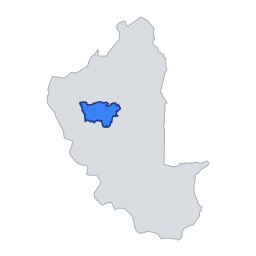 Sanmatenga, Sanmatenga, Burkina Faso shown in context, rotated 271°
{"feature_id": "67063806B54692073140068", "entity_name": "Sanmatenga", "entity_type": "district", "adm_level": 2, "iso_a3": "BFA", "parent_name": "Burkina Faso", "parent_adm1": "Sanmatenga", "projection": "mercator", "projection_center": [-1.024, 13.246], "detail": "fine", "context": "in_parent", "style": "filled", "palette": "blue", "viewbox_px": 256, "rotation_deg": 271, "n_neighbors": 0, "source": "geoboundaries", "source_scale": "gbopen_adm2", "svg_char_len": 7624}
<svg xmlns="http://www.w3.org/2000/svg" viewBox="0 0 256 256"><g transform="rotate(271 128 128)"><path d="M197.4,164.5L190.1,164.8L187.5,165.6L185.9,165.6L185.9,165.0L185.7,164.6L176.5,162.4L170.1,161.0L163.6,159.6L163.3,160.9L162.3,161.8L160.9,161.9L160.0,161.7L159.3,162.7L158.2,164.1L156.7,164.8L155.3,165.7L154.4,166.4L153.8,166.5L152.3,164.7L150.4,164.5L146.7,164.8L145.0,164.3L142.8,164.1L137.4,164.4L128.9,163.7L127.5,164.1L127.1,164.4L118.6,164.5L109.3,164.6L101.5,164.7L94.7,164.7L94.7,164.4L92.5,164.4L92.3,165.0L90.3,172.1L90.1,176.0L91.1,178.4L92.3,180.0L93.6,180.6L93.7,181.5L92.7,182.6L92.8,183.7L94.0,184.9L94.3,186.1L93.7,187.5L93.8,190.6L94.7,195.5L94.7,198.7L93.9,200.2L94.3,202.7L96.0,206.2L96.3,207.7L95.7,208.4L94.3,209.4L92.9,209.3L91.2,207.2L90.5,206.2L89.2,204.1L88.0,201.9L86.5,200.9L85.0,200.0L83.2,197.3L81.4,195.9L79.6,196.3L76.9,195.8L71.4,195.1L65.5,195.3L63.0,195.9L60.6,197.0L54.5,199.2L52.1,200.3L50.3,203.1L48.2,203.0L46.1,202.1L44.8,200.8L42.0,201.1L39.3,199.9L36.7,197.5L34.8,196.7L32.3,194.9L31.7,191.6L30.1,189.3L28.7,186.1L26.6,184.6L24.1,183.8L20.7,184.0L18.5,182.7L16.8,180.8L17.2,179.1L18.0,176.8L18.1,174.5L18.6,170.9L18.3,166.3L17.7,163.1L19.6,161.8L21.7,160.6L23.1,158.5L24.4,153.6L25.0,149.4L24.6,147.8L23.9,146.6L23.3,144.8L23.0,142.5L23.4,140.6L25.0,138.8L27.1,137.3L28.5,136.6L32.4,135.9L37.2,134.7L39.9,133.5L42.0,132.2L43.1,131.2L44.2,129.2L46.1,127.6L47.5,126.0L47.7,121.5L47.7,118.9L46.7,117.5L46.1,116.3L53.2,112.8L53.3,110.3L52.3,107.6L50.9,105.3L50.4,103.4L52.3,101.2L54.1,99.5L55.4,98.0L58.2,95.8L61.1,95.2L63.7,96.1L71.5,101.3L72.9,101.6L74.5,101.2L76.6,99.8L79.2,98.8L80.2,95.3L80.1,90.2L80.7,87.8L82.1,87.4L86.6,88.4L87.8,88.5L89.1,88.1L90.0,87.2L90.0,85.6L89.8,84.1L91.3,79.4L93.9,75.8L99.3,71.4L101.0,70.5L103.0,70.0L112.6,73.1L114.2,72.3L116.6,64.7L119.2,64.0L122.4,63.8L124.4,63.2L125.5,62.7L130.1,59.8L138.2,55.8L142.6,54.2L143.4,53.5L146.5,50.7L150.7,47.5L153.3,46.9L157.0,46.6L159.3,47.2L159.9,48.1L160.7,48.5L165.4,47.2L172.3,49.3L178.2,51.5L177.8,52.8L177.8,55.2L177.3,59.0L176.7,63.5L179.1,66.5L182.0,69.6L182.8,70.8L182.0,73.9L182.6,75.7L184.1,78.8L186.7,82.6L189.4,86.5L191.3,87.1L193.1,87.4L194.2,88.1L195.7,88.8L197.3,89.2L198.7,90.1L199.6,90.9L200.7,93.3L203.7,95.0L205.8,96.5L205.0,97.3L202.3,97.0L199.9,96.3L199.5,97.5L199.4,101.9L199.8,105.7L200.4,106.1L202.9,106.8L208.9,111.6L214.3,116.2L216.1,117.4L219.0,117.8L222.4,118.0L223.8,117.6L227.1,115.3L228.8,115.0L230.4,115.1L231.2,115.5L232.8,117.3L234.2,120.2L234.7,122.3L234.5,123.4L234.0,123.8L231.4,124.3L230.2,124.8L229.9,125.4L230.3,126.8L230.9,127.7L233.8,131.7L237.9,137.2L239.2,138.6L238.5,140.3L236.4,144.5L234.8,146.3L227.7,152.4L224.3,151.6L217.0,152.9L216.0,151.5L214.3,151.3L212.2,151.5L211.4,152.1L211.2,152.7L210.4,153.5L209.1,155.9L208.1,156.5L206.8,156.9L205.2,156.8L204.3,157.1L204.3,158.3L204.0,159.4L202.9,159.9L202.5,161.0L202.6,162.2L201.9,162.7L200.6,162.4L199.8,162.1L199.0,163.6L198.1,164.6L197.4,164.5Z" fill="#d9dde1" stroke="#a8b0b8" stroke-width="1"/><path d="M152.7,115.4L152.7,115.0L152.6,114.0L152.6,113.8L152.6,113.2L152.6,112.9L152.5,112.6L152.4,112.3L152.1,111.9L151.7,111.5L151.8,111.2L151.7,111.1L151.6,110.9L151.7,110.7L151.3,110.7L151.1,110.8L150.8,110.6L150.5,110.3L150.4,110.2L150.4,109.7L150.1,109.2L149.8,108.5L149.3,107.5L149.2,107.3L149.1,106.7L149.9,105.9L150.1,105.8L150.9,106.7L151.2,107.2L151.5,107.6L151.8,107.8L152.0,107.8L152.3,107.6L152.6,107.3L152.8,107.0L152.8,106.9L152.9,106.7L153.0,106.6L153.2,106.2L153.4,105.7L153.3,105.4L153.1,104.7L152.7,103.8L152.6,103.2L152.6,102.9L152.8,102.4L152.9,102.0L153.5,101.3L153.6,101.1L153.6,99.2L153.6,98.2L153.1,97.3L153.1,97.2L152.9,96.5L152.9,96.2L152.5,95.1L152.2,94.3L152.3,93.9L152.2,93.5L151.7,93.5L151.4,93.4L151.3,93.0L151.3,92.7L151.3,92.2L150.5,90.5L150.5,90.3L150.6,90.0L150.6,89.8L150.4,89.2L150.3,88.6L150.3,88.4L150.5,88.1L150.5,87.9L150.3,87.5L150.3,87.4L150.4,87.2L150.7,86.9L150.9,86.9L151.0,86.8L151.2,86.6L151.3,86.5L151.4,86.4L151.6,86.3L151.7,86.2L151.8,86.1L152.0,86.0L152.4,85.9L152.5,85.9L152.7,86.0L152.8,85.8L152.8,85.4L152.9,84.9L153.2,84.6L153.2,84.4L153.0,83.9L153.1,83.7L153.1,83.3L153.2,83.2L153.3,83.1L153.3,82.6L153.1,82.3L153.0,81.9L152.8,81.7L152.8,81.4L152.7,81.1L152.7,80.7L152.8,80.3L152.7,80.1L152.7,79.9L152.6,79.5L152.4,79.4L152.3,79.5L152.1,79.7L151.9,79.7L151.6,79.6L151.4,79.6L151.1,79.6L150.9,79.8L150.8,80.0L150.7,80.4L150.5,80.2L150.3,80.1L150.2,80.1L149.9,80.1L149.7,80.4L149.6,80.6L149.4,80.6L149.1,80.7L148.9,80.7L148.8,80.8L148.6,81.0L148.4,81.1L148.3,81.3L148.2,81.5L148.0,81.8L147.9,81.7L147.8,81.8L147.6,81.8L147.5,81.7L147.4,81.7L147.4,81.8L147.2,81.9L147.0,82.0L146.4,82.1L145.9,82.0L145.5,81.8L145.2,81.7L144.6,81.8L144.4,81.9L144.4,82.2L144.3,82.3L144.3,82.7L144.1,82.9L143.9,82.9L143.7,82.9L143.4,83.0L143.0,82.9L142.7,83.1L142.2,83.4L142.1,83.5L141.7,84.3L141.5,84.5L141.3,84.6L141.1,84.6L140.9,84.6L140.7,84.3L140.6,84.2L140.3,84.3L140.1,84.5L139.6,84.7L139.0,84.7L138.6,84.7L138.3,84.6L138.0,84.6L137.6,84.9L137.1,84.8L136.9,84.8L135.9,85.0L135.3,85.2L135.0,85.2L134.2,84.9L134.1,85.1L134.1,85.4L134.1,85.6L134.3,85.7L134.8,86.4L135.2,86.8L135.4,87.2L135.4,87.3L135.0,87.8L135.1,88.0L135.1,88.3L134.5,88.8L134.3,89.0L134.2,89.4L134.2,89.6L134.0,90.0L133.5,90.6L133.6,90.8L134.1,91.7L134.2,92.0L134.5,92.5L134.4,92.8L134.2,92.9L133.6,92.9L133.5,93.0L133.0,93.5L132.8,93.6L132.8,93.8L133.0,94.2L133.1,94.5L133.6,95.0L134.0,95.3L134.2,95.5L134.3,95.5L134.5,95.7L134.5,95.8L134.6,96.0L134.8,96.6L134.8,96.8L134.8,97.0L135.1,97.1L135.0,97.3L135.3,97.3L135.6,97.7L135.6,97.8L135.4,98.0L135.2,98.2L135.1,98.3L135.0,98.7L134.6,99.0L134.6,99.4L134.6,99.5L134.4,99.6L134.4,99.8L134.6,100.4L134.7,100.9L134.9,101.4L135.0,101.5L134.9,101.8L134.5,101.7L134.3,101.5L134.0,101.4L133.5,101.5L132.9,101.8L132.4,102.2L132.3,102.3L131.7,102.2L130.8,102.5L130.3,102.6L130.1,102.7L129.9,102.7L129.7,102.9L129.6,103.0L129.4,103.0L129.2,103.0L128.9,103.1L128.9,103.3L128.9,103.6L128.9,103.9L128.8,104.1L128.6,104.4L128.4,105.3L128.5,105.4L128.9,105.5L129.4,105.8L129.6,106.1L129.7,106.6L129.7,106.8L129.5,107.0L129.4,107.2L129.2,107.1L129.3,107.0L129.2,106.9L129.1,107.0L128.5,107.0L128.5,107.5L128.9,107.9L128.9,108.1L129.0,108.4L128.9,108.7L128.9,109.0L129.1,109.1L130.0,109.3L130.3,109.7L130.4,110.1L131.0,110.2L131.7,110.2L131.8,110.2L132.0,110.5L132.5,110.2L133.0,110.1L133.2,110.3L133.3,110.3L133.6,110.4L133.8,110.6L133.9,111.0L133.7,111.2L133.6,111.3L133.5,111.6L133.9,111.7L134.4,111.5L134.6,111.5L135.2,111.8L135.8,112.0L136.2,112.0L136.8,111.9L137.3,111.9L137.7,112.1L138.2,112.4L138.7,112.6L139.1,112.9L139.6,113.1L139.7,113.4L139.6,113.5L139.8,114.3L139.8,114.6L139.7,114.7L139.7,114.8L139.8,115.0L139.7,115.1L139.4,115.2L139.5,115.4L139.7,115.5L139.6,115.8L139.8,115.9L140.2,115.8L140.4,115.9L140.5,116.0L140.4,116.3L140.0,116.6L139.8,116.7L139.7,116.9L139.7,117.0L139.9,117.1L139.8,117.3L140.0,117.4L140.1,117.5L140.4,117.4L140.5,117.2L140.6,116.9L140.6,116.6L140.8,116.4L140.8,115.9L141.0,115.8L141.3,115.8L141.9,115.9L142.5,116.1L143.1,116.2L143.5,116.3L143.9,116.2L144.1,116.1L144.2,116.5L144.6,116.8L145.0,116.8L145.0,117.0L144.7,117.4L145.0,117.5L145.3,117.5L145.5,118.0L145.7,118.3L145.9,118.5L146.2,118.9L146.3,119.0L146.3,119.3L146.4,119.5L146.8,119.5L147.5,120.0L148.1,119.8L148.3,119.7L148.5,119.4L148.9,119.1L149.5,119.0L149.8,118.9L150.1,118.6L150.1,118.4L150.3,118.2L150.6,118.2L151.2,117.8L151.1,117.7L150.8,117.0L150.6,116.8L150.4,116.7L150.2,116.3L150.1,116.1L150.2,115.9L150.4,115.8L150.7,115.7L150.8,115.6L151.3,115.4L151.5,115.4L151.9,115.5L152.1,115.4L152.7,115.4Z" fill="#3b82f6" stroke="#1e3a8a" stroke-width="1.5"/></g></svg>